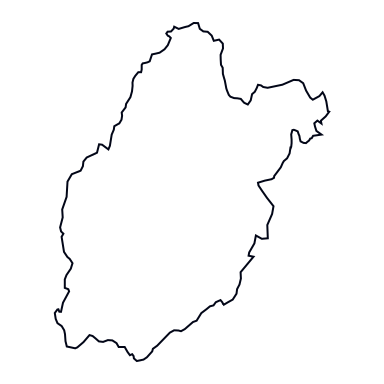 outline of Pita, Pita, Guinea
{"feature_id": "49546643B45846614697329", "entity_name": "Pita", "entity_type": "district", "adm_level": 2, "iso_a3": "GIN", "parent_name": "Guinea", "parent_adm1": "Pita", "projection": "robinson", "projection_center": [-12.584, 10.91], "detail": "fine", "context": "isolated", "style": "outline", "palette": "ink", "viewbox_px": 384, "rotation_deg": 0, "n_neighbors": 0, "source": "geoboundaries", "source_scale": "gbopen_adm2", "svg_char_len": 2839}
<svg xmlns="http://www.w3.org/2000/svg" viewBox="0 0 384 384"><path d="M322.6,92.3L319.4,96.1L312.8,99.7L310.2,97.6L306.1,90.6L303.2,83.2L299.0,80.2L293.6,79.9L282.4,84.7L267.6,87.8L263.2,87.0L261.0,85.4L258.0,84.8L256.8,87.9L254.8,91.8L252.1,94.1L250.7,100.4L247.8,104.5L244.2,102.8L243.0,101.5L240.8,98.9L237.3,98.3L234.1,98.1L230.4,96.7L228.8,94.9L227.0,90.5L226.3,88.4L225.7,85.2L224.8,80.5L224.1,78.2L222.9,73.9L222.7,67.8L221.0,64.8L220.7,59.4L220.6,54.8L223.0,48.4L222.8,43.6L219.1,39.6L213.8,40.8L211.7,35.6L207.7,31.8L203.3,31.4L199.8,28.8L198.1,23.1L193.7,23.0L188.5,26.2L185.9,26.8L184.4,27.2L178.7,28.9L174.2,26.7L173.7,28.6L171.0,31.5L167.6,31.7L166.3,33.5L167.8,35.7L169.3,36.4L170.8,38.0L169.2,41.8L167.8,45.2L164.5,49.3L159.6,52.7L155.8,53.6L152.0,54.4L149.7,61.3L147.6,62.3L145.3,62.9L142.7,63.4L141.7,64.9L141.7,69.5L141.1,72.2L138.3,72.2L135.3,75.8L133.4,78.8L132.5,82.5L132.6,85.9L132.0,91.4L130.4,97.2L126.1,103.9L125.6,107.4L121.7,112.5L122.1,115.7L121.5,119.7L119.3,123.4L119.2,123.4L114.3,126.2L113.8,129.7L111.7,134.6L109.9,145.8L108.4,149.4L102.1,144.7L99.1,144.3L97.0,152.7L86.7,157.5L83.4,161.6L82.9,166.2L80.6,170.7L71.8,174.2L67.5,181.6L66.6,196.9L62.2,209.5L62.7,217.4L60.1,227.4L61.1,231.5L63.4,233.7L61.6,236.8L64.0,251.9L67.4,257.0L69.7,258.9L72.5,263.2L70.8,268.7L66.5,275.0L64.8,279.4L64.8,287.9L68.3,289.2L69.1,291.4L63.0,302.7L61.0,311.8L59.3,311.7L58.4,309.3L57.4,309.5L54.8,313.0L55.7,318.9L57.5,323.2L61.7,326.1L64.2,330.3L65.0,334.2L65.5,341.2L66.8,346.5L75.2,348.3L77.3,347.4L83.5,342.1L89.5,335.1L92.6,336.0L95.4,338.3L98.9,341.4L103.1,341.9L107.9,340.1L112.3,340.4L116.5,343.1L118.7,347.0L124.7,347.0L127.5,351.9L129.9,355.2L132.2,354.2L133.6,356.1L133.9,358.4L136.8,361.0L143.5,359.6L146.9,357.3L152.2,351.4L152.9,348.8L157.2,345.7L169.9,332.6L172.5,331.2L174.1,330.3L178.4,330.5L181.0,331.2L184.8,329.1L193.0,322.0L196.6,320.7L201.3,313.1L206.6,309.1L210.0,306.3L213.5,305.4L215.8,302.2L220.5,300.1L222.4,302.4L223.1,304.0L223.9,304.1L224.0,304.6L227.7,302.4L232.7,299.6L236.5,293.7L237.1,289.1L239.5,284.5L240.9,278.5L240.6,272.2L253.5,256.7L248.6,255.7L249.2,252.4L254.4,243.4L255.9,235.5L261.8,238.8L267.8,238.3L267.3,225.0L272.1,214.0L273.5,206.2L267.0,197.9L262.1,190.9L258.5,185.5L258.0,182.7L264.9,180.6L271.6,179.2L274.0,177.8L274.2,176.1L280.8,167.3L282.7,163.0L283.9,161.0L287.1,158.3L289.6,153.4L290.6,146.6L290.9,147.6L291.2,146.8L291.3,146.0L291.6,143.2L291.6,139.7L291.2,134.4L292.4,130.1L293.8,129.8L295.5,130.4L297.7,131.4L298.6,134.1L299.4,135.9L299.9,139.0L300.6,141.4L303.6,142.9L306.0,143.1L307.2,142.0L309.1,140.5L310.2,138.6L311.7,138.2L313.1,135.8L321.5,134.6L316.4,130.9L315.0,126.5L314.3,123.3L317.4,120.6L321.4,123.5L321.0,121.6L321.0,120.6L325.7,116.4L329.2,111.7L327.9,111.2L326.3,101.4L324.5,95.6L322.6,92.3Z" fill="none" stroke="#020617" stroke-width="2"/></svg>